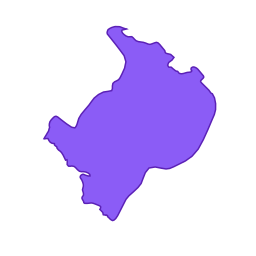 map outline of Los Ríos (Equal Earth projection), rotated 297°
{"feature_id": "CHL-2701", "entity_name": "Los Ríos", "entity_type": "Region", "adm_level": 1, "iso_a3": "CHL", "parent_name": "Chile", "parent_adm1": "", "projection": "equal_earth", "projection_center": [-72.592, -40.02], "detail": "fine", "context": "isolated", "style": "filled", "palette": "violet", "viewbox_px": 256, "rotation_deg": 297, "n_neighbors": 0, "source": "natural_earth", "source_scale": "10m", "svg_char_len": 3220}
<svg xmlns="http://www.w3.org/2000/svg" viewBox="0 0 256 256"><g transform="rotate(297 128 128)"><path d="M215.6,81.8L212.6,78.3L211.5,78.3L210.2,79.9L209.5,81.9L209.1,84.3L209.3,86.7L211.1,89.9L210.7,91.7L209.9,93.8L209.4,95.7L209.7,98.1L211.3,102.8L211.7,105.2L211.9,107.6L212.3,109.2L213.1,110.4L216.0,113.1L217.2,114.4L217.5,116.0L216.8,118.4L213.7,125.5L213.2,126.1L212.6,126.5L212.1,127.0L211.9,128.0L212.1,129.2L212.7,131.6L212.9,132.7L211.8,136.9L208.6,136.4L204.8,134.5L202.0,134.8L200.9,136.3L200.8,137.0L201.4,138.0L201.8,138.8L201.6,139.8L201.3,140.8L200.6,144.1L200.6,145.3L201.0,146.4L200.9,146.8L200.1,148.4L200.0,149.2L200.6,151.1L201.8,152.7L204.4,155.5L206.1,158.2L206.8,158.7L207.8,158.9L208.2,158.6L208.3,158.0L208.8,157.6L209.9,157.1L210.5,157.2L211.5,157.8L212.1,158.6L212.4,159.5L212.5,160.6L212.5,161.7L212.1,163.5L208.7,171.5L207.8,172.4L206.7,172.4L203.2,171.3L202.2,171.7L201.6,173.0L198.4,182.9L196.9,185.8L196.7,186.6L196.8,187.6L194.1,191.4L189.5,195.0L184.1,197.7L179.2,198.8L172.7,199.2L162.9,199.9L151.8,200.4L141.0,200.1L132.0,197.9L124.7,194.1L118.9,189.8L114.2,186.3L110.9,183.5L108.8,180.5L107.4,176.2L105.6,169.9L101.9,164.9L96.1,163.7L89.8,164.3L84.5,164.9L79.5,163.9L73.6,161.8L68.0,159.6L63.5,158.6L59.4,158.6L54.7,158.6L49.9,158.6L45.3,158.6L41.8,158.2L39.7,157.4L38.7,156.5L38.5,156.1L38.5,154.7L38.7,153.5L39.4,151.5L39.7,150.2L40.5,149.7L40.7,149.0L40.7,148.5L40.5,147.8L40.2,147.4L40.1,147.5L40.0,146.9L39.6,145.9L39.5,145.3L40.9,144.2L41.3,143.8L42.5,140.5L42.6,139.9L43.6,139.9L44.6,139.8L45.5,139.3L45.8,138.1L45.4,133.4L45.1,131.0L44.6,129.4L42.4,126.0L41.2,123.6L41.4,122.5L42.2,122.0L43.8,119.6L44.6,118.8L45.5,118.5L48.0,118.8L49.8,117.8L52.2,115.5L56.0,114.6L57.7,113.6L59.3,112.1L60.7,110.4L61.9,108.3L62.6,107.6L63.8,107.4L64.6,107.6L65.5,108.1L66.2,108.7L66.5,109.3L66.7,111.8L67.2,114.4L68.1,115.9L69.3,115.0L69.8,112.8L69.6,110.3L68.8,107.9L67.9,106.3L67.4,104.4L67.9,102.0L68.8,99.6L69.3,97.6L68.7,95.3L67.6,93.7L67.0,92.3L67.8,90.4L70.9,88.9L72.0,88.0L71.0,87.0L74.4,82.5L76.0,79.8L76.7,77.4L76.8,76.3L77.3,75.0L77.9,73.8L78.7,73.3L79.0,72.7L79.1,71.4L79.6,70.1L80.7,69.5L79.9,67.2L80.0,65.2L80.9,63.3L82.2,61.5L82.0,60.8L80.4,58.5L80.3,58.0L82.5,58.1L84.7,58.3L86.9,58.4L89.1,58.6L90.0,58.4L91.0,58.2L92.0,58.0L92.9,57.9L93.3,57.6L93.6,57.4L93.9,57.1L94.2,56.9L94.7,56.6L96.1,56.0L98.1,55.6L100.5,55.9L102.9,56.6L104.7,57.3L105.8,58.5L105.9,60.4L105.0,64.8L103.8,71.3L103.1,77.4L104.0,80.6L105.9,81.0L108.1,80.9L110.8,80.4L114.2,79.8L118.9,80.1L124.8,81.4L130.6,82.8L135.2,83.5L139.4,84.3L144.4,86.5L148.9,89.8L151.9,94.0L153.9,96.5L156.1,96.2L158.4,95.0L160.9,94.3L163.1,95.1L164.9,96.5L166.8,97.7L169.1,98.1L173.5,98.1L179.7,97.8L186.0,96.1L190.7,91.7L193.6,85.9L196.9,79.0L200.0,72.2L202.4,66.9L203.4,66.1L204.8,65.7L206.1,65.6L206.7,65.6L207.0,65.8L207.4,66.0L207.8,66.2L208.1,66.4L208.4,66.6L208.8,66.8L209.1,67.1L209.4,67.3L209.8,67.6L210.2,67.9L210.5,68.3L210.9,68.6L211.2,69.0L211.6,69.4L212.0,69.8L212.3,70.2L212.7,70.8L213.0,71.4L213.3,72.1L213.6,72.7L213.8,73.2L214.1,73.7L214.3,74.2L214.5,74.7L214.7,76.2L214.8,77.6L215.0,79.1L215.2,80.5L215.3,80.9L215.4,81.2L215.6,81.5L215.6,81.8Z" fill="#8b5cf6" stroke="#5b21b6" stroke-width="1.5"/></g></svg>